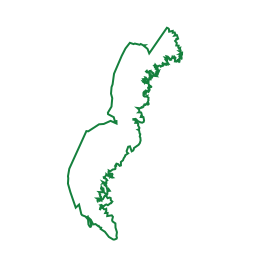 outline of Kariba Urban, Mashonaland West, Zimbabwe, rotated 295°
{"feature_id": "62879985B80856032780976", "entity_name": "Kariba Urban", "entity_type": "district", "adm_level": 2, "iso_a3": "ZWE", "parent_name": "Zimbabwe", "parent_adm1": "Mashonaland West", "projection": "albers", "projection_center": [28.813, -16.528], "detail": "fine", "context": "isolated", "style": "outline", "palette": "green", "viewbox_px": 256, "rotation_deg": 295, "n_neighbors": 0, "source": "geoboundaries", "source_scale": "gbopen_adm2", "svg_char_len": 5976}
<svg xmlns="http://www.w3.org/2000/svg" viewBox="0 0 256 256"><g transform="rotate(295 128 128)"><path d="M66.3,92.0L58.9,94.0L57.2,95.1L52.2,97.1L45.5,102.9L33.7,114.3L37.9,116.0L30.2,122.1L29.6,123.3L29.8,126.8L29.2,128.2L29.5,128.0L30.7,129.0L23.9,132.9L22.4,135.1L22.6,135.9L23.9,136.0L29.5,131.8L29.1,133.1L25.9,137.2L27.2,139.2L26.5,142.3L26.9,142.8L26.0,144.2L26.3,145.8L24.9,145.9L24.2,150.9L21.2,156.7L20.7,161.8L21.3,163.0L22.9,164.4L23.9,164.3L25.3,163.1L28.9,162.0L32.4,158.8L36.2,156.9L36.8,153.5L37.8,152.5L41.1,151.9L42.0,150.2L39.4,146.4L42.4,145.4L41.3,143.3L43.7,143.4L45.5,142.4L44.7,141.8L44.2,140.5L44.8,139.6L44.5,137.2L42.6,137.2L42.6,136.9L44.6,136.5L46.3,136.8L46.5,135.8L47.0,136.4L46.2,137.4L46.8,137.8L46.5,138.9L48.9,140.0L49.6,140.8L49.5,142.4L52.7,144.1L52.8,144.5L54.7,144.9L55.2,143.0L57.2,141.9L57.2,140.7L55.8,139.2L57.2,136.9L56.7,135.6L52.9,135.3L52.3,134.3L51.1,134.7L51.2,134.1L50.3,133.3L51.0,132.9L50.5,131.7L48.8,131.6L49.1,131.1L50.7,131.0L51.0,129.6L52.3,132.4L53.5,133.0L54.2,132.7L54.6,131.3L55.7,131.1L56.2,130.0L57.3,130.0L57.7,128.8L58.9,131.8L60.1,131.8L61.6,131.0L61.2,130.4L62.1,130.3L61.4,128.3L62.1,129.4L63.2,129.0L62.6,129.9L62.8,131.2L59.5,133.4L58.5,137.1L59.4,137.2L62.1,136.0L63.4,138.0L64.6,136.0L63.0,135.6L66.7,132.6L66.3,132.2L67.0,131.5L66.4,130.9L67.3,130.2L67.5,128.9L67.1,128.4L68.1,128.6L68.5,127.9L68.5,131.4L68.8,131.7L70.6,130.8L71.3,130.7L71.8,131.2L72.6,129.9L72.5,127.3L73.2,126.8L73.9,127.9L75.8,128.0L76.1,128.4L76.9,128.0L76.2,130.3L77.5,130.4L77.3,131.0L77.8,131.4L76.0,132.5L76.5,132.7L76.3,134.5L76.7,135.1L76.8,134.5L77.9,133.6L79.5,133.5L79.8,133.0L78.9,130.8L78.3,130.3L78.7,129.4L79.7,129.1L79.4,128.5L80.4,129.2L81.3,128.6L81.2,130.2L83.9,131.7L85.2,133.6L85.8,133.8L87.7,132.9L88.5,133.4L88.9,133.2L88.6,132.4L90.8,132.6L91.1,134.1L90.2,136.5L91.1,137.4L94.2,135.9L96.6,137.1L98.8,136.9L101.1,137.3L102.0,137.0L105.1,138.8L105.6,137.3L106.5,136.5L111.1,136.1L112.2,137.5L108.4,141.2L109.4,142.0L110.8,142.3L112.4,141.9L117.2,144.7L119.3,145.1L122.0,144.7L124.6,143.2L125.1,142.3L127.6,141.7L127.9,140.9L130.7,138.9L130.7,137.7L131.6,138.5L132.9,138.3L134.6,136.0L136.0,135.6L136.8,133.8L136.2,133.4L135.8,132.5L136.5,132.5L136.7,133.3L137.7,132.8L138.3,130.3L137.8,129.4L138.3,129.1L139.0,130.3L138.4,130.9L139.4,131.3L138.4,134.3L138.4,136.9L138.8,138.6L140.1,139.6L141.6,139.4L144.4,137.4L144.6,135.7L143.9,136.2L143.5,135.3L143.9,135.4L143.8,134.9L144.6,134.7L145.5,135.1L147.2,133.8L147.6,133.2L146.6,130.9L147.8,131.4L149.8,129.8L149.8,129.0L149.1,128.5L149.9,128.8L150.1,128.0L150.9,130.4L152.2,131.8L152.7,131.6L153.0,132.6L153.9,133.0L154.8,132.6L155.8,133.3L157.0,132.4L156.1,133.4L156.2,134.0L158.0,134.6L157.4,134.8L157.6,136.2L158.5,136.6L159.6,135.6L159.8,134.9L162.0,134.8L162.4,134.3L164.0,133.9L164.4,132.3L165.1,132.1L164.4,131.7L163.5,129.7L163.6,129.0L164.4,128.4L163.4,128.6L164.8,127.9L164.8,128.3L165.8,128.4L165.6,126.8L166.0,127.5L166.6,127.1L167.2,127.2L166.5,129.6L167.4,129.2L167.2,129.4L168.1,129.4L168.7,127.9L169.5,128.2L169.3,131.3L169.8,131.4L170.4,130.5L171.1,130.5L170.8,131.1L171.2,131.5L172.2,131.2L173.1,130.0L172.8,129.4L173.1,129.2L175.0,131.7L175.3,131.6L175.6,130.6L174.5,128.5L175.5,129.8L176.6,127.9L178.5,127.1L177.9,125.9L176.7,126.1L176.6,125.6L177.2,124.9L175.8,124.2L176.2,123.9L176.1,122.5L176.4,122.0L176.7,124.2L177.6,124.0L176.8,123.4L176.9,122.8L177.3,123.2L178.4,123.1L178.4,123.7L179.0,123.6L179.2,122.8L178.2,121.6L178.6,121.0L179.4,122.3L180.5,123.0L181.1,122.3L181.2,122.8L179.3,126.3L180.6,126.7L180.9,126.4L181.6,128.0L182.2,127.8L182.6,127.3L182.8,125.3L183.8,128.4L184.6,128.4L184.3,127.0L184.7,126.4L185.4,126.8L185.7,126.0L184.9,125.6L185.1,125.2L185.6,125.5L186.5,124.2L186.5,124.9L187.2,124.1L186.4,121.7L186.8,120.5L187.8,120.9L186.9,122.0L187.8,123.3L188.7,123.4L188.9,123.7L188.3,123.6L188.2,124.0L189.0,125.4L188.4,127.1L188.0,127.1L188.4,127.9L187.9,128.3L186.1,128.7L185.8,128.2L187.0,131.7L187.4,130.3L188.6,132.2L189.1,132.2L189.1,129.4L189.8,131.4L191.2,129.9L192.5,131.3L192.1,131.2L191.4,132.0L192.7,132.0L192.8,130.6L193.4,130.4L193.0,129.8L193.5,129.1L193.3,128.2L194.3,128.0L194.7,128.9L194.4,129.4L195.0,129.2L194.8,127.7L195.3,127.2L194.7,126.6L195.3,126.3L195.5,127.6L195.8,127.6L195.7,125.4L196.2,125.6L195.9,125.8L196.2,126.1L196.8,126.0L196.2,127.0L196.5,127.6L195.8,128.5L197.8,130.0L198.1,131.5L197.6,131.8L199.4,133.5L200.5,133.3L200.1,132.5L200.6,132.2L200.8,132.5L201.5,132.2L201.4,134.3L201.1,134.3L201.2,134.9L201.6,134.4L202.0,134.5L202.5,135.6L202.1,135.6L202.3,137.2L203.3,136.8L203.4,137.3L204.5,135.5L205.4,135.0L205.1,134.4L205.8,133.1L206.4,133.6L207.4,131.8L207.6,132.7L206.8,134.5L208.3,134.5L208.3,134.0L209.3,132.8L209.5,133.9L208.8,135.7L207.6,136.7L207.5,137.4L208.2,138.3L209.2,137.9L210.0,138.4L211.2,138.2L210.6,139.4L210.9,139.8L212.3,139.7L211.6,141.4L210.3,141.3L209.8,141.9L210.2,141.1L209.0,142.3L208.2,142.4L208.7,144.0L209.4,144.5L209.7,144.0L210.6,144.2L210.7,144.7L209.0,147.1L210.3,145.8L210.0,146.3L210.7,146.4L212.0,145.7L212.2,145.1L213.8,145.2L213.6,146.6L214.1,146.4L214.1,146.9L215.0,146.4L214.9,145.4L215.5,145.7L214.7,145.1L214.7,144.3L215.2,144.2L215.7,144.6L215.8,145.6L216.1,145.3L217.2,146.0L218.1,145.6L217.2,145.4L217.6,144.7L217.0,143.5L218.8,144.7L219.3,142.0L219.8,143.0L220.2,143.1L221.8,141.6L222.6,141.4L221.5,140.5L222.3,139.5L224.0,139.1L223.2,136.9L225.7,136.3L226.8,133.9L228.8,134.5L229.7,133.6L229.0,134.9L230.1,135.7L232.8,133.1L231.3,131.0L233.1,131.3L234.3,129.9L233.2,128.3L234.9,127.5L232.7,124.6L234.9,123.3L235.3,122.4L235.3,120.9L204.6,115.7L208.0,112.2L209.1,107.7L210.1,108.3L209.4,106.9L209.5,104.0L208.4,103.4L207.4,98.5L206.4,97.6L206.0,93.7L199.0,92.1L190.7,91.8L171.3,92.4L161.0,95.6L158.1,95.8L151.9,98.1L148.4,101.1L140.4,104.0L133.4,103.3L132.1,104.1L131.8,110.5L128.6,113.2L129.4,114.6L127.2,115.7L127.1,109.2L121.4,104.3L119.1,100.2L108.2,93.4L107.6,91.6L66.3,92.0Z" fill="none" stroke="#15803d" stroke-width="2"/></g></svg>